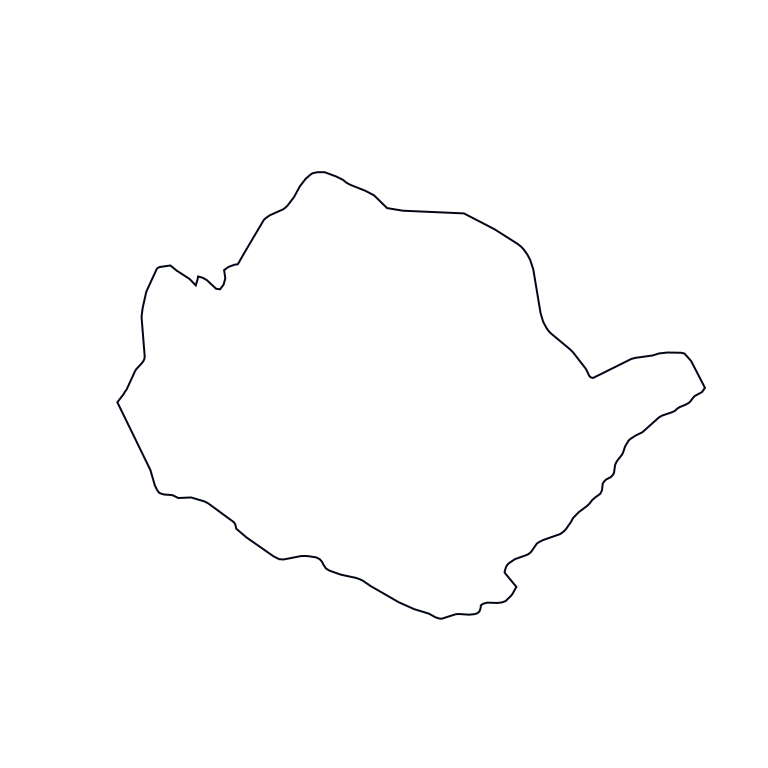 an SVG outline of Phichit, rotated 316°
{"feature_id": "THA-401", "entity_name": "Phichit", "entity_type": "Province", "adm_level": 1, "iso_a3": "THA", "parent_name": "Thailand", "parent_adm1": "", "projection": "natural_earth1", "projection_center": [100.371, 16.251], "detail": "fine", "context": "isolated", "style": "outline", "palette": "ink", "viewbox_px": 768, "rotation_deg": 316, "n_neighbors": 0, "source": "natural_earth", "source_scale": "10m", "svg_char_len": 2602}
<svg xmlns="http://www.w3.org/2000/svg" viewBox="0 0 768 768"><g transform="rotate(316 384 384)"><path d="M302.3,143.4L304.3,144.3L312.7,150.4L313.6,158.3L317.1,173.3L317.1,182.3L322.7,179.2L324.9,177.5L327.4,181.6L328.7,186.1L329.4,198.9L331.9,202.0L337.6,201.1L343.2,197.8L348.1,191.0L353.6,191.8L359.2,194.3L362.1,196.3L375.5,192.4L411.5,182.5L414.0,182.5L419.0,183.3L433.2,188.4L436.5,188.7L438.9,188.6L449.2,187.0L460.6,183.4L470.0,182.0L475.5,182.2L478.9,182.7L483.5,185.6L488.4,190.4L493.7,201.4L496.4,208.9L496.4,209.6L496.8,212.9L498.0,217.0L504.8,232.1L507.9,241.5L508.4,259.6L518.0,272.5L560.0,316.8L571.0,349.5L577.5,376.4L578.0,380.1L578.0,383.9L577.1,390.1L576.1,393.8L575.1,396.8L571.1,405.1L545.9,441.7L541.7,449.8L539.7,456.9L539.2,460.6L539.2,463.5L541.9,488.4L542.0,492.6L539.7,513.6L537.3,520.6L537.3,522.8L538.6,524.9L579.4,537.8L583.1,539.9L597.1,550.1L603.1,553.1L609.8,558.3L619.4,567.9L621.3,570.8L620.9,580.8L612.2,609.7L607.2,610.7L599.2,608.5L596.8,608.6L592.0,609.4L589.6,609.2L587.0,608.5L580.3,605.9L577.4,605.4L574.6,605.4L571.6,604.4L562.1,599.9L558.3,599.0L536.4,598.2L528.9,595.8L523.3,594.7L520.9,594.6L514.3,596.3L508.5,599.3L506.4,600.1L498.6,601.2L496.6,601.7L494.6,602.5L493.2,603.4L487.7,607.7L485.4,608.4L482.3,608.5L477.5,607.0L474.5,607.0L472.0,607.7L467.1,611.8L465.1,612.6L463.1,613.2L457.9,612.4L453.4,612.1L448.6,612.8L445.5,612.8L435.4,611.5L427.7,611.7L425.3,612.2L423.2,613.0L414.1,614.8L411.4,614.9L408.6,614.7L406.2,614.2L389.9,606.7L385.3,605.3L382.8,605.0L373.6,606.9L371.3,606.9L369.0,606.5L367.2,605.8L356.4,600.9L349.3,599.7L347.6,599.7L345.9,600.0L343.9,600.8L340.1,603.0L339.6,604.9L338.3,621.9L330.4,624.3L327.9,624.6L320.6,624.6L317.2,623.1L313.4,620.2L306.4,613.0L302.6,610.9L299.9,610.5L298.2,612.0L296.4,613.1L294.5,613.9L292.0,613.8L289.2,612.4L285.1,609.2L278.5,601.9L276.7,600.2L274.8,599.0L262.6,593.0L260.9,591.2L258.9,587.4L256.8,580.4L249.3,566.9L243.0,551.2L234.0,520.0L232.1,510.6L230.9,507.5L229.2,504.1L220.4,491.0L215.1,480.3L214.1,476.4L214.9,471.9L215.9,468.8L216.1,465.4L214.7,461.5L209.9,455.2L207.0,452.1L204.3,449.8L189.9,440.5L186.9,437.2L184.8,431.1L178.5,398.8L177.2,385.3L178.6,383.3L179.5,381.5L180.0,379.2L174.6,347.6L173.3,343.8L166.4,331.6L156.9,323.2L154.6,317.0L151.7,313.6L150.3,312.2L148.9,310.5L147.7,308.4L146.7,306.1L147.2,302.4L148.8,297.6L156.2,283.6L179.5,211.9L189.7,210.4L191.9,209.7L195.2,209.1L214.1,201.7L216.4,201.2L224.4,200.8L226.8,200.4L228.7,199.7L230.1,198.7L231.3,197.6L256.2,167.3L263.0,161.8L277.1,152.5L300.4,143.4L302.3,143.4Z" fill="none" stroke="#020617" stroke-width="2"/></g></svg>